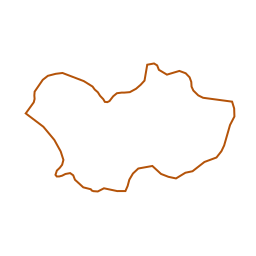 an SVG outline of Trebnje, rotated 189°
{"feature_id": "SVN-999", "entity_name": "Trebnje", "entity_type": "Municipality", "adm_level": 1, "iso_a3": "SVN", "parent_name": "Slovenia", "parent_adm1": "", "projection": "orthographic", "projection_center": [15.067, 45.922], "detail": "fine", "context": "isolated", "style": "outline", "palette": "amber", "viewbox_px": 256, "rotation_deg": 189, "n_neighbors": 0, "source": "natural_earth", "source_scale": "10m", "svg_char_len": 1084}
<svg xmlns="http://www.w3.org/2000/svg" viewBox="0 0 256 256"><g transform="rotate(189 128 128)"><path d="M179.0,167.4L169.5,163.4L166.9,160.8L163.4,158.6L160.6,155.4L156.9,152.6L155.0,150.2L152.5,150.3L150.5,151.7L147.6,157.0L144.4,160.6L139.7,162.0L137.5,162.3L131.8,163.7L126.2,168.0L122.3,172.6L119.1,177.4L118.9,193.5L112.4,195.8L109.0,194.4L106.6,190.3L97.9,186.8L86.2,192.4L79.6,191.1L75.1,187.7L72.7,183.4L71.7,178.8L69.3,175.2L63.7,171.2L58.6,169.6L29.3,170.3L26.2,163.9L24.7,156.0L27.7,146.9L30.3,125.8L32.1,119.7L36.0,112.7L47.2,106.4L57.5,95.4L64.3,92.8L72.7,85.7L80.4,86.1L88.2,87.8L98.0,94.3L111.5,89.6L116.0,83.8L118.6,77.2L119.3,70.6L120.7,65.3L128.7,64.0L142.3,64.7L147.9,60.6L152.3,60.2L154.0,60.6L155.2,61.7L162.9,62.4L172.3,68.6L174.7,72.7L178.1,74.4L182.6,72.8L185.6,70.6L188.3,69.4L190.8,69.0L192.3,70.4L191.6,74.8L189.1,78.1L187.3,81.4L186.8,86.4L190.8,94.3L198.9,104.7L211.8,116.0L231.3,126.4L225.1,138.6L224.8,142.1L225.6,145.5L225.9,149.3L219.7,162.3L215.3,167.0L207.9,170.2L201.3,172.1L179.0,167.4Z" fill="none" stroke="#b45309" stroke-width="2"/></g></svg>